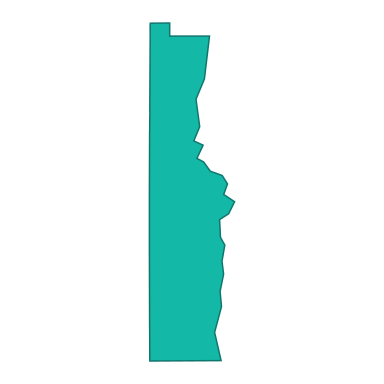 the district of Vermillion, Indiana, United States of America
{"feature_id": "52423323B79800706132785", "entity_name": "Vermillion", "entity_type": "district", "adm_level": 2, "iso_a3": "USA", "parent_name": "United States of America", "parent_adm1": "Indiana", "projection": "equal_earth", "projection_center": [-87.462, 39.878], "detail": "fine", "context": "isolated", "style": "filled", "palette": "teal", "viewbox_px": 384, "rotation_deg": 0, "n_neighbors": 0, "source": "geoboundaries", "source_scale": "gbopen_adm2", "svg_char_len": 663}
<svg xmlns="http://www.w3.org/2000/svg" viewBox="0 0 384 384"><path d="M221.1,360.6L214.6,332.4L221.5,306.6L220.1,291.4L223.6,274.1L222.0,261.2L224.8,245.1L220.5,237.4L219.6,219.6L228.7,213.7L234.6,201.7L223.7,194.5L227.5,183.9L222.2,175.5L210.3,171.2L203.6,161.9L196.9,158.4L203.1,145.2L193.8,140.9L199.7,126.7L196.0,99.2L204.4,79.0L209.5,36.1L169.7,36.1L169.7,23.0L150.3,23.2L150.3,23.3L150.1,25.6L150.2,32.6L149.8,108.3L149.9,115.6L149.8,117.0L149.7,123.4L149.7,129.5L149.6,131.2L149.6,133.6L149.4,188.5L149.4,233.6L149.4,238.0L149.4,242.8L149.4,251.9L149.6,324.9L149.7,336.7L149.8,361.0L221.1,360.6Z" fill="#14b8a6" stroke="#0f766e" stroke-width="1.5"/></svg>